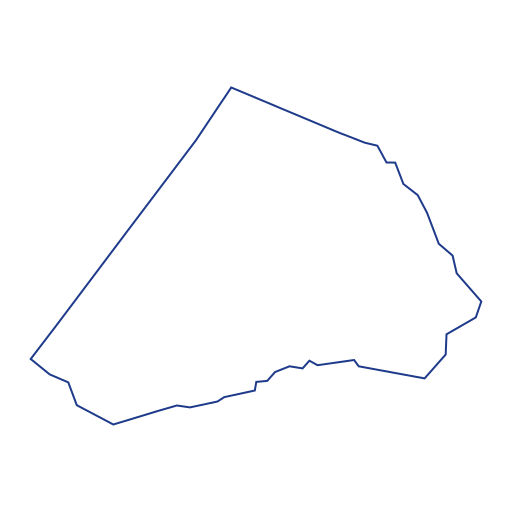 the district of Harnett, North Carolina, United States of America
{"feature_id": "52423323B77740585629691", "entity_name": "Harnett", "entity_type": "district", "adm_level": 2, "iso_a3": "USA", "parent_name": "United States of America", "parent_adm1": "North Carolina", "projection": "equal_earth", "projection_center": [-78.826, 35.388], "detail": "fine", "context": "isolated", "style": "outline", "palette": "blue", "viewbox_px": 512, "rotation_deg": 0, "n_neighbors": 0, "source": "geoboundaries", "source_scale": "gbopen_adm2", "svg_char_len": 754}
<svg xmlns="http://www.w3.org/2000/svg" viewBox="0 0 512 512"><path d="M424.6,378.4L445.7,354.5L446.5,334.3L475.8,317.4L481.3,301.5L456.7,273.3L452.6,255.6L438.8,243.8L426.9,212.4L426.2,211.3L426.0,210.8L417.7,195.1L403.4,184.0L395.2,162.6L386.5,162.5L377.4,145.7L364.8,142.7L344.3,134.7L342.1,133.9L341.1,133.5L334.7,130.9L281.5,108.6L275.4,106.0L232.2,87.9L231.2,87.5L230.9,88.0L223.3,99.4L222.5,100.5L195.6,140.8L195.4,141.0L126.0,232.9L56.4,325.4L30.7,359.0L49.7,374.4L68.3,382.4L76.8,405.2L113.3,424.5L158.1,410.9L176.9,405.5L190.0,407.4L217.5,401.5L224.3,397.1L254.8,390.5L256.3,381.9L267.2,380.9L275.1,372.0L289.5,366.3L302.6,368.4L309.4,360.7L317.5,365.2L354.1,360.0L358.7,366.3L424.6,378.4Z" fill="none" stroke="#1e3a8a" stroke-width="2"/></svg>